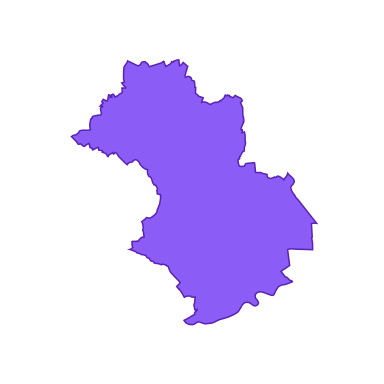 outline of Ernei, Mures, Romania, rotated 221°
{"feature_id": "2599482B63747997381834", "entity_name": "Ernei", "entity_type": "district", "adm_level": 2, "iso_a3": "ROU", "parent_name": "Romania", "parent_adm1": "Mures", "projection": "albers", "projection_center": [24.69, 46.618], "detail": "fine", "context": "isolated", "style": "filled", "palette": "violet", "viewbox_px": 384, "rotation_deg": 221, "n_neighbors": 0, "source": "geoboundaries", "source_scale": "gbopen_adm2", "svg_char_len": 6096}
<svg xmlns="http://www.w3.org/2000/svg" viewBox="0 0 384 384"><g transform="rotate(221 192 192)"><path d="M292.8,277.0L292.5,276.7L292.4,275.7L292.5,274.0L294.1,269.6L298.5,271.7L298.6,272.1L299.2,271.9L299.9,269.4L300.6,268.0L306.5,258.5L309.4,259.6L310.5,259.7L311.6,259.4L312.9,259.6L314.5,257.9L315.1,256.7L314.7,254.9L314.7,253.6L315.1,252.5L315.7,251.7L326.6,248.7L325.9,246.7L325.5,242.7L325.3,241.9L324.7,240.9L322.9,238.4L318.7,233.4L317.4,232.1L315.2,230.6L316.6,228.3L313.6,227.5L310.8,227.5L310.4,227.3L310.3,227.0L310.6,226.3L311.8,225.7L313.1,224.4L312.3,223.8L309.9,221.3L311.0,218.0L311.2,215.6L312.0,214.7L311.8,214.1L312.0,213.5L312.2,213.4L312.4,213.1L314.8,214.1L315.7,214.0L316.2,213.6L316.4,212.3L314.8,211.1L315.8,209.7L316.8,211.2L317.2,211.3L318.7,210.6L316.2,206.5L315.8,204.8L319.8,203.7L319.3,201.0L317.5,200.8L317.7,196.6L315.9,198.0L315.4,197.5L316.1,196.8L316.1,195.8L315.7,194.8L314.0,193.4L312.4,192.4L311.4,190.6L311.5,190.2L312.3,188.9L313.0,188.8L316.3,184.4L316.5,182.8L315.8,182.0L316.0,181.6L316.2,180.8L316.1,180.3L313.9,176.5L312.5,174.8L309.5,172.3L311.0,170.3L314.9,167.1L316.5,165.1L317.0,163.9L316.6,163.3L316.5,162.6L316.9,159.6L317.3,158.7L318.8,156.8L319.1,155.8L319.3,154.7L311.8,154.2L311.3,153.8L310.7,153.8L309.2,153.4L308.5,154.0L308.0,155.1L303.7,155.4L303.0,156.0L302.6,158.7L301.5,161.1L298.1,158.6L296.4,159.5L294.7,158.5L294.3,159.0L294.9,159.4L294.2,159.8L293.6,160.8L292.9,162.7L292.0,164.2L289.9,162.4L287.3,164.1L287.1,163.8L285.6,164.1L285.6,163.2L282.6,164.5L280.7,164.2L279.5,163.6L278.6,163.6L279.0,165.3L278.5,167.3L277.9,168.4L277.6,169.7L276.8,169.2L275.9,169.3L276.1,171.3L273.9,171.7L271.5,170.9L269.9,170.6L262.2,170.1L258.8,170.1L259.0,171.6L258.5,173.0L257.7,174.4L257.0,175.2L256.7,175.9L256.8,177.1L256.6,178.1L256.0,179.2L254.5,180.0L251.8,179.9L250.8,179.6L250.3,179.1L249.2,178.8L245.7,178.3L243.2,178.5L241.7,178.9L240.2,179.8L239.7,178.9L238.2,177.3L236.9,176.4L234.7,175.5L234.4,175.5L234.0,175.9L233.6,176.0L231.9,175.8L227.6,173.2L225.1,172.5L224.3,173.3L223.9,173.3L221.0,172.2L220.0,171.6L219.5,169.9L218.3,169.2L217.0,167.8L213.9,169.3L211.3,166.2L208.7,162.0L207.4,158.6L206.6,155.9L205.5,154.1L205.2,153.2L205.1,150.5L206.1,145.7L206.3,145.2L207.5,143.9L209.5,143.0L209.7,140.3L210.5,136.7L208.9,135.9L207.4,134.9L204.9,132.5L204.4,131.2L204.0,130.7L202.7,130.2L200.3,128.0L198.6,126.7L199.1,125.7L199.7,125.6L200.4,124.1L200.6,120.1L200.4,119.9L200.8,118.8L201.7,118.5L201.8,118.1L203.0,117.2L203.4,116.4L204.3,116.0L204.7,115.5L204.6,114.8L203.3,113.7L202.3,112.4L200.3,111.2L200.6,109.1L201.0,108.2L201.3,107.8L195.7,110.0L193.3,110.0L191.0,111.3L188.9,111.7L187.6,112.7L185.3,113.7L183.1,113.0L181.8,113.3L180.9,113.8L178.3,113.0L177.4,113.1L177.1,113.7L175.4,114.0L174.7,114.1L174.0,113.6L173.7,113.7L169.7,116.2L167.5,116.9L167.2,117.2L166.8,118.3L166.0,118.8L164.5,119.3L163.8,119.9L162.7,119.6L161.7,120.2L160.9,120.2L160.1,119.5L158.1,118.5L155.2,117.3L141.5,116.0L141.4,113.3L141.6,110.6L137.9,110.0L137.8,110.3L134.0,109.4L128.7,107.5L127.9,109.6L126.9,110.7L125.3,112.1L124.5,112.5L123.8,112.3L122.1,113.4L120.5,114.8L119.3,112.7L117.6,110.6L117.3,110.1L116.8,108.6L116.2,107.8L112.6,105.0L111.8,105.2L111.3,106.7L110.5,106.0L111.0,102.9L109.6,101.3L110.4,99.6L112.3,93.6L113.8,89.9L111.1,89.3L109.4,89.5L107.0,90.4L104.7,92.1L103.7,93.6L102.4,97.7L101.4,98.6L96.2,100.8L95.3,101.4L91.0,106.1L89.8,108.4L87.8,113.2L82.7,121.2L80.3,126.3L79.2,129.3L78.6,132.1L79.3,136.7L80.0,139.5L79.9,141.6L79.5,143.2L78.5,144.5L76.8,145.8L75.4,146.2L71.0,146.7L69.8,147.3L69.2,147.9L68.7,149.1L68.5,150.7L69.1,152.0L70.8,152.9L74.5,153.7L75.3,154.2L76.4,155.3L77.0,156.8L77.0,158.3L76.3,159.9L74.7,161.8L71.8,163.3L64.6,166.0L63.7,166.5L63.2,167.2L62.8,167.8L62.9,168.6L64.0,172.4L64.5,175.0L64.6,176.9L64.4,178.1L63.4,180.5L61.0,183.3L59.0,186.8L57.4,190.1L58.7,190.5L59.2,189.9L60.1,189.6L64.8,189.8L65.7,189.1L72.8,190.5L70.1,200.6L82.1,211.3L81.6,212.2L79.5,214.6L77.5,215.9L63.1,227.6L67.3,232.3L71.3,235.7L71.8,235.9L71.6,236.6L72.5,237.7L81.1,246.5L80.7,247.3L79.1,248.9L77.4,250.1L106.8,255.7L109.7,255.9L111.7,256.7L116.3,257.7L119.2,259.3L120.6,260.4L120.9,261.3L120.9,264.3L121.4,266.6L122.0,267.3L123.3,268.1L124.2,268.4L127.4,268.7L129.2,268.6L132.1,269.0L131.2,267.0L131.0,265.3L131.0,263.2L130.6,261.5L132.3,261.6L135.9,261.1L137.4,260.6L138.1,259.6L138.4,257.9L139.6,257.4L140.5,255.3L141.5,253.7L142.7,253.3L143.8,252.7L145.4,253.0L146.9,254.5L150.6,252.5L153.1,251.7L155.7,249.3L156.9,248.5L163.8,255.0L164.5,254.7L168.5,250.5L169.5,249.4L170.1,248.4L169.4,245.8L172.4,242.9L173.7,242.8L174.6,243.1L175.7,244.2L176.8,244.7L177.4,245.5L178.3,246.0L178.3,246.5L178.2,246.7L178.4,247.1L178.1,247.3L178.0,248.2L178.2,249.0L178.9,249.3L179.2,249.7L179.3,250.3L178.9,250.9L179.3,251.4L179.5,251.9L180.0,254.8L180.1,255.9L179.5,256.9L179.5,257.3L182.0,260.4L182.3,261.4L183.3,263.5L184.5,264.9L185.9,265.9L187.6,267.9L187.6,268.0L189.6,270.0L191.8,271.7L193.3,269.5L194.4,271.7L194.8,272.0L195.1,272.0L195.8,271.3L196.7,271.9L198.4,277.1L198.8,278.8L199.3,278.8L199.7,279.9L200.7,281.0L201.2,281.0L202.3,282.4L203.6,282.9L209.1,288.9L214.3,291.5L213.9,292.7L213.9,293.8L215.3,294.6L217.0,294.7L220.8,293.6L222.7,293.3L222.9,292.4L222.8,290.6L222.9,290.0L224.6,289.6L226.0,288.6L226.3,288.6L226.6,289.3L227.0,289.4L228.8,288.4L228.7,287.9L229.0,287.3L230.3,287.2L230.5,286.9L229.6,284.4L230.0,279.9L230.7,279.7L230.8,278.1L231.1,277.3L231.4,277.1L232.0,276.0L233.1,275.3L233.7,274.3L235.2,271.4L235.1,270.5L236.3,269.8L239.0,269.4L241.4,268.4L242.2,267.7L243.5,266.0L245.4,270.5L249.4,268.8L254.3,268.9L257.8,273.4L258.6,272.9L260.2,274.7L262.8,277.1L263.5,277.1L265.2,276.2L265.6,276.2L267.1,277.4L267.9,277.6L269.2,277.5L270.4,277.0L271.1,276.4L271.4,275.9L271.9,274.4L272.6,274.4L273.6,275.3L274.6,277.4L275.1,278.1L275.7,279.4L275.7,280.0L276.6,281.3L276.8,282.2L277.7,284.0L283.7,284.0L283.5,281.6L283.7,280.2L284.1,279.2L285.0,279.7L286.1,281.0L287.1,281.6L288.5,283.1L289.9,281.8L290.5,280.8L291.8,278.3L291.4,277.6L292.8,277.0Z" fill="#8b5cf6" stroke="#5b21b6" stroke-width="1.5"/></g></svg>